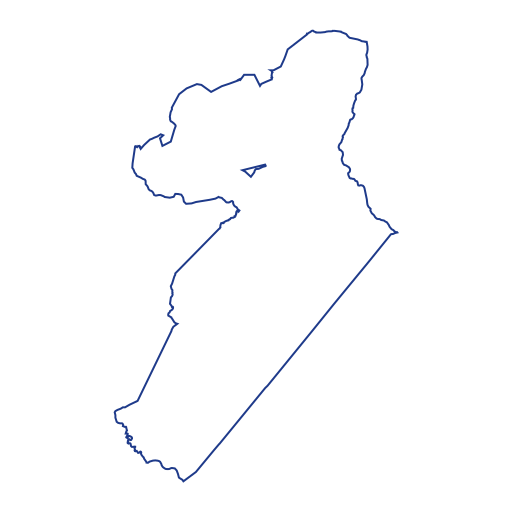 Chiredzi, Masvingo, Zimbabwe (Natural Earth projection)
{"feature_id": "62879985B37979176120849", "entity_name": "Chiredzi", "entity_type": "district", "adm_level": 2, "iso_a3": "ZWE", "parent_name": "Zimbabwe", "parent_adm1": "Masvingo", "projection": "natural_earth1", "projection_center": [31.656, -21.413], "detail": "fine", "context": "isolated", "style": "outline", "palette": "blue", "viewbox_px": 512, "rotation_deg": 0, "n_neighbors": 0, "source": "geoboundaries", "source_scale": "gbopen_adm2", "svg_char_len": 5991}
<svg xmlns="http://www.w3.org/2000/svg" viewBox="0 0 512 512"><path d="M146.5,462.6L147.9,462.8L149.6,461.6L153.0,460.6L155.3,460.4L157.8,460.7L159.3,461.2L160.1,461.8L161.3,463.9L161.6,465.1L162.4,466.5L163.0,467.2L164.8,468.5L165.9,469.0L167.9,469.1L169.2,469.0L171.2,468.1L171.9,468.0L174.8,468.4L176.7,470.5L178.0,474.0L178.9,477.5L179.5,478.0L182.4,479.8L183.4,481.3L195.9,472.0L214.1,450.0L219.2,444.0L219.5,443.8L265.2,388.0L267.5,385.8L312.9,330.1L334.2,303.7L368.6,261.9L390.9,234.3L391.4,234.1L392.9,234.0L395.2,233.0L397.3,232.5L397.0,232.1L395.8,232.1L395.0,231.7L393.9,230.8L393.5,230.2L391.6,229.2L389.6,226.8L388.8,225.0L386.9,222.3L385.4,221.6L383.9,220.5L381.2,220.0L379.7,219.1L377.9,219.0L376.6,218.6L375.0,217.0L374.4,215.8L373.6,214.8L371.8,213.3L370.4,210.6L370.6,208.8L368.4,206.7L367.5,204.8L367.2,203.0L366.8,199.3L364.5,188.3L364.0,187.0L363.0,185.8L361.6,185.3L360.6,185.2L359.5,185.6L358.3,185.4L357.9,184.4L357.6,182.5L357.1,181.4L355.4,180.8L354.4,179.3L353.8,178.9L352.3,178.8L351.4,178.4L350.7,178.5L349.7,178.0L348.5,175.4L348.1,173.8L348.2,173.1L349.1,172.4L349.8,171.5L350.1,169.9L350.0,169.0L349.0,167.3L346.0,165.4L344.1,164.8L342.8,163.1L342.3,161.2L341.9,160.8L341.7,158.8L343.0,154.9L342.7,152.2L340.8,150.2L339.5,149.8L339.1,148.3L338.8,148.0L338.6,147.2L338.8,146.0L339.4,144.4L341.3,142.2L342.1,139.7L342.5,139.2L342.6,138.1L343.0,137.2L342.6,136.2L343.1,135.3L344.4,134.0L344.7,133.1L347.6,128.0L348.6,125.3L348.8,123.5L349.3,122.7L350.1,119.9L350.5,119.5L351.6,119.3L352.8,118.3L353.6,117.0L354.0,115.6L354.5,114.6L354.4,114.0L353.7,113.6L352.5,112.0L352.4,111.3L352.6,110.2L352.4,109.5L352.5,108.3L353.2,107.9L353.4,105.6L354.1,103.2L355.2,100.4L355.6,100.1L356.0,99.2L355.6,96.5L356.0,94.8L357.3,93.5L358.5,93.2L359.8,92.4L361.4,89.7L362.3,84.4L361.7,79.8L361.5,79.0L361.5,78.0L362.3,76.6L363.7,75.2L364.2,74.2L364.7,73.0L364.9,71.8L366.0,68.8L366.9,67.2L367.6,64.9L367.4,59.0L367.2,58.2L366.8,57.6L366.8,56.8L366.4,55.7L366.4,54.5L367.1,52.8L367.6,49.6L367.5,46.6L366.7,41.9L365.6,41.9L365.6,41.7L361.8,41.2L359.5,40.0L358.5,39.8L358.0,39.5L349.7,37.8L348.7,37.1L348.4,36.6L347.5,35.9L347.0,35.0L346.1,34.0L341.8,32.3L341.5,32.0L340.7,31.8L340.7,31.6L334.9,30.9L332.6,30.9L332.5,31.1L331.3,31.3L329.0,31.3L326.5,31.6L325.0,32.1L321.0,32.5L316.3,32.5L316.3,32.3L314.1,31.6L313.3,30.8L312.3,30.7L311.8,30.9L310.0,32.2L308.3,33.1L307.4,34.0L306.9,33.8L306.7,34.7L287.7,49.4L285.4,56.0L284.1,59.3L280.8,66.5L273.5,70.3L270.8,70.3L272.1,71.1L271.9,71.8L272.4,72.5L272.0,72.8L271.7,74.6L271.7,75.6L271.5,75.9L272.3,77.5L272.1,78.0L271.9,77.5L271.6,77.4L271.4,77.6L271.7,78.3L271.6,78.8L271.7,79.4L266.2,81.7L261.3,83.9L260.0,85.9L254.4,74.8L244.1,74.8L240.5,79.7L240.0,79.0L238.2,79.9L238.6,80.3L229.3,83.7L221.8,86.2L211.1,91.9L201.4,84.9L196.9,84.1L186.6,88.4L179.1,94.2L171.8,107.7L172.0,109.2L170.6,112.3L169.8,116.9L170.1,118.1L170.1,119.7L170.8,121.3L172.0,121.9L173.9,123.4L175.3,124.9L175.7,126.0L174.3,129.7L170.8,141.6L162.4,145.9L160.0,138.3L163.2,135.3L160.7,134.3L157.6,136.4L154.2,137.7L151.8,138.9L150.0,139.5L144.1,145.0L140.7,148.9L140.4,148.2L139.9,147.6L140.2,146.8L139.5,145.9L138.5,146.2L138.1,146.0L137.1,147.2L136.4,146.8L135.9,146.1L135.1,146.4L132.6,163.3L132.3,167.8L133.4,169.3L134.7,172.6L136.0,174.1L136.7,175.8L140.8,177.6L142.9,178.9L144.6,179.5L145.2,180.1L145.6,180.9L145.7,184.2L147.2,185.9L147.7,186.7L148.7,189.3L149.9,190.4L151.5,191.0L152.5,191.8L153.5,193.3L154.0,194.8L154.3,195.1L155.9,195.6L159.0,195.0L160.7,195.1L163.7,196.3L164.7,197.0L169.8,197.7L173.7,196.8L175.3,193.9L178.1,194.0L181.3,194.7L183.1,197.5L183.9,201.6L186.1,203.8L191.6,203.4L196.0,202.0L209.7,199.8L215.5,198.6L218.6,196.9L219.1,197.3L221.8,197.9L223.5,199.6L224.3,200.1L226.0,202.0L226.6,202.4L228.8,202.5L230.0,202.0L231.4,201.1L232.3,201.1L233.1,202.0L233.1,203.1L233.5,204.4L234.2,205.6L235.4,206.7L236.5,207.2L237.2,208.2L237.6,209.2L239.4,210.5L238.9,211.2L238.7,210.9L238.3,211.4L238.1,210.8L237.9,210.7L236.8,211.1L236.2,212.2L236.4,213.1L236.0,213.9L236.1,214.4L235.8,214.8L235.6,215.8L234.6,216.2L234.8,216.9L233.0,217.8L232.4,217.7L230.9,218.0L230.1,219.2L229.4,219.3L228.8,220.0L228.5,220.0L228.4,220.4L226.5,220.8L224.4,221.9L224.0,222.2L223.8,222.9L223.2,223.2L222.5,222.8L222.0,223.2L221.3,223.1L220.6,224.6L220.3,226.2L220.4,227.4L220.0,227.7L219.7,228.5L219.0,228.9L213.3,234.7L175.3,273.4L175.2,274.9L174.4,276.3L172.1,283.6L170.8,286.2L171.5,288.9L172.4,290.1L172.3,292.1L172.6,292.8L172.3,293.4L172.6,294.3L172.6,294.8L172.0,296.2L170.9,297.4L170.0,303.8L171.6,305.9L171.9,306.9L172.9,306.9L173.0,307.1L172.6,307.6L173.0,308.0L173.0,308.3L172.4,309.4L172.0,309.6L171.7,310.0L170.1,311.0L169.6,312.4L168.5,313.3L168.2,314.6L168.3,315.6L171.4,317.4L171.7,318.3L172.2,318.8L174.3,322.2L175.6,323.2L177.3,323.8L173.4,326.7L171.8,329.5L171.4,331.1L137.6,400.9L129.6,404.7L125.1,407.3L122.9,407.3L120.7,408.7L117.5,409.9L115.4,411.1L114.7,412.3L115.4,415.1L115.4,417.7L116.7,421.8L118.2,422.9L119.9,423.3L122.0,423.3L122.6,423.7L123.2,425.0L122.9,426.1L124.9,426.9L126.0,426.8L126.2,427.1L126.3,428.1L127.0,430.5L126.4,431.2L125.7,433.5L127.2,433.5L127.7,433.7L127.7,434.3L127.0,436.1L126.5,436.7L126.3,437.4L127.3,438.0L127.6,437.7L127.7,437.2L129.0,436.0L129.6,436.0L130.9,436.6L131.7,437.2L132.0,437.9L132.0,438.6L131.6,439.0L131.2,439.9L130.2,440.1L129.2,439.2L128.3,439.3L128.3,439.9L127.9,440.8L127.8,441.6L128.1,441.8L127.6,442.8L127.7,443.1L128.5,443.6L129.8,443.2L130.4,443.5L130.6,443.9L131.0,446.0L131.7,446.8L132.9,446.9L134.3,446.6L135.2,446.7L135.2,447.1L134.5,447.9L134.6,448.7L135.0,449.4L134.6,450.4L134.9,451.1L135.6,451.3L136.7,450.9L138.1,452.9L138.9,452.8L140.3,451.6L140.6,451.6L141.0,451.9L141.2,452.4L141.0,453.7L141.4,454.7L142.8,456.6L143.7,457.4L144.1,458.7L146.5,462.1L146.5,462.6ZM242.5,170.2L265.1,164.6L265.7,165.8L265.6,166.1L262.7,166.9L258.7,168.8L255.9,169.1L255.3,169.7L254.7,170.7L254.2,172.4L250.9,176.8L245.2,171.6L242.5,170.2Z" fill="none" stroke="#1e3a8a" stroke-width="2"/></svg>